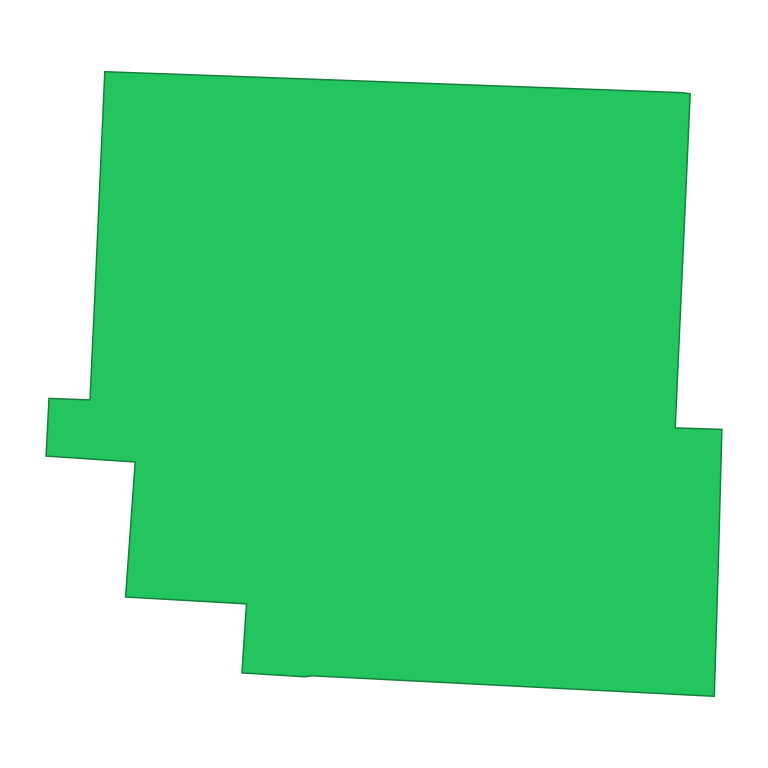 outline of Muskingum, Ohio, United States of America
{"feature_id": "52423323B20353272340555", "entity_name": "Muskingum", "entity_type": "district", "adm_level": 2, "iso_a3": "USA", "parent_name": "United States of America", "parent_adm1": "Ohio", "projection": "robinson", "projection_center": [-81.974, 39.961], "detail": "fine", "context": "isolated", "style": "filled", "palette": "green", "viewbox_px": 768, "rotation_deg": 0, "n_neighbors": 0, "source": "geoboundaries", "source_scale": "gbopen_adm2", "svg_char_len": 340}
<svg xmlns="http://www.w3.org/2000/svg" viewBox="0 0 768 768"><path d="M690.2,93.9L683.1,92.7L104.8,71.7L95.0,292.6L90.0,399.9L49.0,398.4L46.1,456.1L135.2,462.0L125.6,597.0L246.5,603.9L241.9,672.9L304.7,676.8L311.9,675.8L714.3,696.3L718.3,563.7L721.9,429.4L675.2,427.9L690.2,93.9Z" fill="#22c55e" stroke="#15803d" stroke-width="1.5"/></svg>